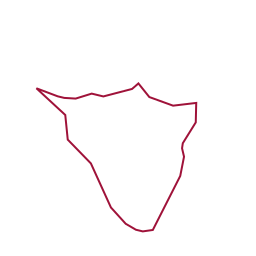 the Municipality of Rogaška Slatina, rotated 227°
{"feature_id": "SVN-982", "entity_name": "Rogaška Slatina", "entity_type": "Municipality", "adm_level": 1, "iso_a3": "SVN", "parent_name": "Slovenia", "parent_adm1": "", "projection": "albers", "projection_center": [15.648, 46.24], "detail": "fine", "context": "isolated", "style": "outline", "palette": "rose", "viewbox_px": 256, "rotation_deg": 227, "n_neighbors": 0, "source": "natural_earth", "source_scale": "10m", "svg_char_len": 468}
<svg xmlns="http://www.w3.org/2000/svg" viewBox="0 0 256 256"><g transform="rotate(227 128 128)"><path d="M153.5,166.0L136.1,164.7L113.6,176.2L99.8,195.0L99.3,194.5L85.9,181.4L79.5,157.7L76.3,153.7L68.8,149.4L57.3,133.5L36.5,76.6L42.3,68.3L48.2,64.4L59.5,61.0L81.5,61.3L127.4,76.7L160.6,76.0L180.3,91.0L219.5,88.1L199.1,98.2L193.5,101.9L185.2,109.8L177.9,124.9L167.9,131.5L153.8,157.6L153.5,165.6L153.5,166.0Z" fill="none" stroke="#9f1239" stroke-width="2"/></g></svg>